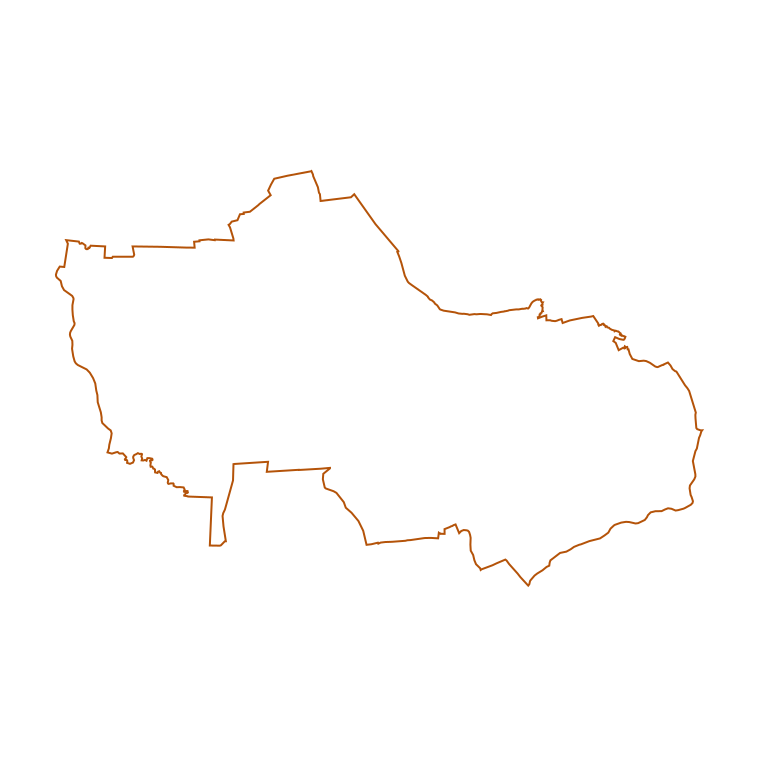 outline of Recas, Timis, Romania, rotated 81°
{"feature_id": "2599482B57862880882591", "entity_name": "Recas", "entity_type": "district", "adm_level": 2, "iso_a3": "ROU", "parent_name": "Romania", "parent_adm1": "Timis", "projection": "albers", "projection_center": [21.537, 45.827], "detail": "fine", "context": "isolated", "style": "outline", "palette": "amber", "viewbox_px": 768, "rotation_deg": 81, "n_neighbors": 0, "source": "geoboundaries", "source_scale": "gbopen_adm2", "svg_char_len": 6134}
<svg xmlns="http://www.w3.org/2000/svg" viewBox="0 0 768 768"><g transform="rotate(81 384 384)"><path d="M350.1,668.8L357.2,669.6L367.7,668.1L372.7,668.1L375.8,668.6L378.5,668.3L384.8,663.5L387.1,661.2L390.1,660.7L394.8,662.2L401.0,664.8L404.5,665.8L408.3,667.8L410.2,663.6L409.5,659.1L409.5,657.7L411.3,656.2L411.7,652.8L415.9,650.0L416.3,650.1L417.8,651.7L418.6,651.5L418.8,650.1L419.2,649.7L420.1,649.6L421.7,650.1L423.1,647.4L422.3,644.2L420.1,642.8L417.7,643.3L416.4,643.0L415.1,641.8L414.5,639.6L413.8,637.9L414.9,636.3L414.9,634.8L415.2,634.1L415.5,634.0L417.7,635.0L419.7,634.5L421.5,635.3L421.9,633.8L421.6,631.9L422.6,630.6L420.2,629.3L420.5,627.4L421.5,624.7L421.9,624.5L422.7,624.5L423.1,625.2L423.0,626.6L423.2,627.1L424.1,627.1L425.1,626.6L427.9,627.5L429.2,627.4L429.2,626.1L429.5,625.7L431.5,625.1L431.6,624.5L432.6,623.6L435.5,623.9L436.4,621.6L435.3,620.9L435.0,619.7L436.5,619.0L436.9,618.2L438.2,618.2L440.0,617.0L440.6,616.3L442.0,613.2L445.1,612.1L447.5,613.0L448.5,612.9L449.0,612.3L448.8,610.3L449.2,607.7L449.8,607.4L451.6,607.7L453.5,604.9L453.9,601.6L454.8,598.1L457.0,597.4L458.5,598.4L459.2,598.2L458.7,596.8L459.0,594.8L460.5,594.7L460.9,595.6L460.8,597.0L462.3,597.9L462.6,598.8L463.1,598.8L464.2,595.4L464.5,595.2L469.1,571.7L516.3,581.3L518.0,571.4L517.8,570.3L514.5,565.9L514.6,564.8L499.6,564.8L489.1,564.1L486.4,563.0L483.2,560.8L479.1,558.9L455.6,548.2L439.6,545.2L439.6,544.1L442.7,510.7L452.4,513.5L455.3,482.9L455.4,481.6L455.6,481.6L457.8,459.4L458.4,450.5L458.9,450.6L463.2,458.0L468.5,459.3L477.0,458.7L478.1,457.8L482.0,450.6L484.1,448.0L494.4,442.2L500.2,441.1L506.1,436.2L515.3,430.7L525.7,427.5L540.1,426.4L540.3,421.6L539.8,415.2L539.8,414.8L540.8,414.6L540.1,412.1L540.3,407.3L541.1,400.9L542.2,387.4L542.0,385.3L542.3,382.3L542.5,368.0L543.3,362.0L544.9,354.7L539.5,353.1L540.7,351.9L540.5,351.6L540.9,351.0L541.5,347.6L536.8,346.9L535.6,341.5L535.1,340.2L534.9,338.7L534.3,337.4L533.9,335.3L543.1,333.1L541.3,330.7L540.7,328.1L541.4,325.4L541.9,324.2L543.4,323.1L546.5,322.6L549.5,322.5L556.2,323.8L562.2,324.4L566.8,322.7L572.2,322.3L576.4,321.3L581.1,317.8L582.8,317.6L582.3,316.6L580.0,305.2L578.7,300.8L576.4,291.6L577.6,290.5L581.4,288.6L592.1,281.7L596.1,279.5L605.7,273.1L604.5,271.8L601.5,270.6L600.8,270.0L596.8,265.3L595.2,262.4L592.8,256.6L590.1,252.0L589.3,249.2L586.3,248.3L584.2,247.2L578.4,236.5L578.1,230.1L576.4,225.4L574.6,221.8L573.3,216.2L573.2,214.7L571.3,205.7L570.3,194.8L568.1,189.9L565.9,185.7L562.3,182.9L559.6,178.9L559.2,177.9L558.0,171.4L558.0,166.5L558.7,163.4L561.1,157.4L561.2,154.8L559.1,147.7L556.8,145.2L554.8,143.8L552.5,140.7L552.1,135.9L553.0,129.7L551.9,126.2L551.2,122.9L552.2,119.6L554.6,115.8L554.6,113.1L554.0,107.7L553.6,106.2L551.3,99.9L549.8,97.9L548.1,97.2L543.6,97.9L541.6,98.5L534.8,98.5L532.1,97.7L526.7,92.5L524.1,90.9L521.8,90.6L508.4,91.0L499.0,86.9L496.7,85.1L486.5,81.3L484.2,79.8L480.5,78.0L479.5,77.0L479.3,78.5L477.6,81.7L476.3,82.4L466.6,81.7L463.2,81.3L461.0,80.5L438.6,83.7L435.6,85.0L432.3,86.9L417.8,93.1L417.3,93.5L416.8,94.5L414.4,96.7L410.6,98.1L407.2,100.2L408.5,104.9L408.8,105.0L408.9,106.6L410.1,110.9L410.0,111.6L409.2,113.3L404.7,118.0L402.4,121.4L401.6,123.8L401.3,128.7L398.1,134.8L392.8,136.6L388.0,137.1L387.9,137.9L385.5,138.0L385.6,138.9L384.6,140.1L386.4,140.4L386.5,141.1L385.5,141.9L387.3,146.9L379.6,148.7L377.5,150.8L373.9,148.4L376.4,144.5L377.8,140.7L377.8,140.2L376.8,139.1L375.1,138.2L374.2,139.6L374.2,140.2L373.4,141.0L373.5,141.7L371.8,142.2L372.5,143.0L372.0,143.3L370.9,142.6L368.8,144.3L368.7,144.9L367.6,146.8L368.0,148.0L367.2,148.1L366.1,150.5L364.5,152.5L363.7,152.9L363.0,154.6L361.9,154.9L361.6,155.5L362.0,156.2L361.2,156.3L360.2,157.5L359.8,157.1L358.7,158.0L358.8,159.1L359.7,160.6L359.5,161.4L360.1,162.6L358.8,163.1L357.8,162.9L349.6,166.7L349.8,168.7L349.7,178.0L350.3,190.6L351.7,198.0L347.7,198.5L348.0,201.2L348.5,203.2L348.7,205.1L347.8,208.5L347.0,210.0L346.5,213.6L341.6,213.0L342.2,217.1L343.2,221.6L342.1,221.6L342.0,220.5L340.6,219.5L339.6,219.4L339.4,219.0L339.5,218.6L338.7,218.4L338.3,217.2L336.5,216.3L336.7,215.7L335.5,215.9L333.0,215.3L331.2,216.4L330.6,216.0L330.5,215.0L328.9,214.9L328.2,214.3L327.9,215.4L326.2,216.0L325.5,215.7L324.7,216.5L325.1,217.9L324.4,218.6L324.7,219.5L324.5,220.3L324.8,220.7L325.2,222.3L326.1,224.3L327.4,225.8L331.2,228.7L332.0,229.9L331.3,231.5L331.6,232.4L331.5,235.1L331.3,235.5L331.4,239.1L331.0,241.7L330.7,248.8L331.0,250.1L331.1,252.9L331.0,253.7L331.2,254.1L331.1,257.0L331.4,261.7L331.2,265.6L331.8,266.8L332.6,267.5L331.3,271.3L329.9,277.9L329.6,281.9L329.1,283.7L329.0,288.9L328.2,290.4L327.1,294.2L327.0,295.5L326.0,299.3L324.4,302.6L320.9,313.6L319.2,316.8L318.8,317.2L314.7,319.1L312.4,321.3L311.4,321.5L309.0,323.5L307.7,325.5L305.2,327.0L304.6,327.0L302.6,328.7L290.9,340.8L288.2,343.5L286.7,344.5L280.3,346.5L267.2,347.9L260.2,349.1L255.6,350.2L255.3,349.0L255.1,349.0L224.8,367.4L191.9,383.7L194.4,387.4L193.3,418.0L186.5,417.6L184.9,418.3L179.3,418.5L167.7,421.4L166.0,421.4L162.3,422.4L162.5,422.9L163.2,446.8L164.1,460.3L169.3,464.4L174.9,468.2L179.8,466.4L186.7,478.8L187.7,480.2L192.9,489.5L192.7,495.8L194.1,495.9L193.8,499.7L199.3,503.1L199.8,509.0L201.9,511.2L202.5,512.6L205.2,511.6L216.7,510.0L218.7,510.1L214.9,528.4L215.5,528.6L213.7,534.8L213.2,543.8L214.2,543.9L213.8,549.3L219.7,549.7L218.5,557.1L213.5,583.4L208.8,610.8L217.3,610.5L218.6,611.4L219.0,612.1L215.9,632.0L217.0,633.0L215.6,640.3L204.5,637.9L201.5,652.1L203.2,653.4L203.1,654.2L203.6,654.2L203.5,654.9L204.4,655.5L204.3,656.7L203.8,657.4L203.1,657.7L200.4,657.2L197.8,659.8L197.4,660.5L198.0,661.4L197.8,662.6L195.6,663.1L192.2,675.4L196.0,674.3L218.4,681.5L217.3,685.9L221.1,689.2L224.6,690.9L226.1,691.0L227.7,690.5L231.7,687.2L237.1,686.8L241.2,685.3L248.2,678.2L250.3,677.4L251.5,677.3L257.4,679.4L261.7,680.1L267.4,680.6L273.5,680.6L275.4,680.1L276.4,680.3L277.3,680.6L282.8,685.1L284.3,686.0L286.2,686.5L288.1,686.4L292.6,685.1L296.6,685.6L300.4,686.6L308.1,686.6L313.3,686.0L315.4,685.1L317.3,683.5L323.1,675.4L326.8,672.8L332.7,670.4L338.3,669.1L345.5,669.2L350.1,668.8Z" fill="none" stroke="#b45309" stroke-width="2"/></g></svg>